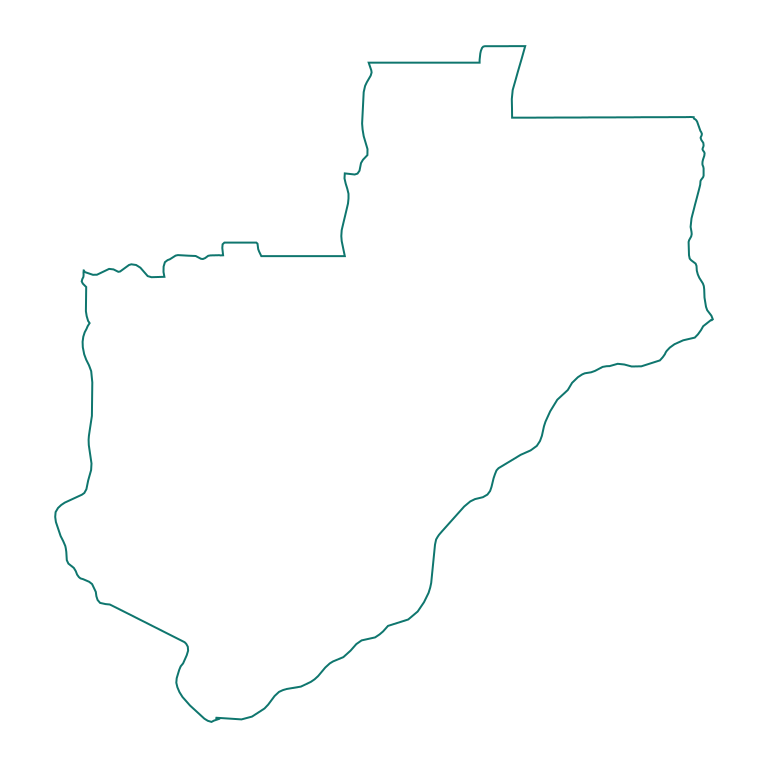 the Province of Lunda Norte
{"feature_id": "AGO-1874", "entity_name": "Lunda Norte", "entity_type": "Province", "adm_level": 1, "iso_a3": "AGO", "parent_name": "Angola", "parent_adm1": "", "projection": "equal_earth", "projection_center": [19.689, -8.666], "detail": "fine", "context": "isolated", "style": "outline", "palette": "teal", "viewbox_px": 768, "rotation_deg": 0, "n_neighbors": 0, "source": "natural_earth", "source_scale": "10m", "svg_char_len": 4355}
<svg xmlns="http://www.w3.org/2000/svg" viewBox="0 0 768 768"><path d="M525.2,46.1L521.9,57.9L517.9,71.6L515.7,79.5L512.7,90.0L511.8,99.1L512.0,108.2L512.1,117.7L518.8,117.7L529.2,117.7L539.7,117.6L550.1,117.6L560.6,117.5L571.0,117.5L581.5,117.5L591.9,117.4L602.4,117.4L612.8,117.4L623.3,117.3L633.7,117.3L644.2,117.2L654.6,117.2L665.1,117.2L675.5,117.1L686.0,117.1L690.8,117.0L693.7,117.2L693.7,117.8L694.2,118.8L695.1,119.2L696.2,120.2L697.1,121.6L700.4,130.9L701.2,132.1L701.9,133.9L701.6,135.5L700.9,136.9L700.6,137.9L701.4,140.1L702.4,141.5L703.3,142.9L703.6,145.3L703.4,146.5L702.7,148.3L702.5,149.2L702.9,150.3L704.2,152.1L704.6,153.2L704.3,155.7L703.0,159.6L702.5,161.8L702.4,164.2L702.7,165.4L703.2,166.5L703.6,168.4L703.6,175.7L703.1,177.2L701.0,180.0L700.5,181.1L700.2,184.7L699.6,187.2L698.6,191.1L696.9,197.6L695.0,204.7L693.9,209.1L692.3,215.2L691.5,218.4L690.6,226.9L691.5,231.9L691.7,234.1L691.2,236.4L689.1,240.2L688.6,242.0L689.0,255.2L689.7,258.6L691.1,260.2L695.6,263.6L696.5,265.9L696.8,270.6L697.8,274.4L699.3,277.8L702.9,283.5L703.8,286.0L704.2,289.3L704.5,297.6L706.0,306.8L707.2,310.2L711.4,315.7L712.8,319.3L711.8,320.1L711.7,320.0L711.2,319.9L703.2,326.2L701.0,330.1L697.9,334.4L694.8,337.6L683.2,340.3L674.5,344.2L669.8,347.6L666.7,350.9L665.7,352.4L664.9,354.2L662.7,357.3L659.9,360.4L641.4,366.3L631.7,366.5L624.3,364.5L617.7,363.8L609.6,366.1L606.6,366.2L602.6,366.9L595.0,370.9L591.1,372.3L584.8,373.3L582.2,374.4L577.9,377.2L572.1,382.8L567.8,390.0L557.3,399.7L550.2,411.3L545.5,421.6L544.0,426.2L541.9,435.8L540.0,441.0L536.8,445.9L530.6,450.4L520.7,454.8L498.5,468.2L496.5,470.4L495.0,474.1L493.6,478.2L491.5,486.9L490.1,491.0L487.4,494.6L482.9,497.2L475.0,499.1L470.3,501.4L464.2,506.5L442.2,531.1L439.0,534.8L437.6,536.9L436.1,539.5L435.0,544.7L431.2,582.9L430.2,587.6L428.6,592.8L424.0,602.2L417.7,611.5L408.2,619.5L388.0,625.9L383.1,631.4L379.6,634.4L375.1,637.4L361.6,640.4L356.3,644.1L350.6,650.6L343.4,657.1L333.1,661.4L329.8,663.4L325.3,667.5L318.1,676.1L314.6,679.3L310.8,681.9L300.9,686.6L286.6,689.0L282.9,690.1L279.0,691.9L274.6,696.0L268.2,704.6L264.5,708.5L252.0,716.6L241.5,719.4L215.6,717.7L218.2,719.2L214.0,720.6L211.5,721.9L207.8,720.8L204.4,718.7L190.0,705.5L182.5,697.0L179.5,692.2L177.4,687.3L176.3,682.7L176.7,678.2L179.2,669.9L180.7,666.3L183.1,663.4L186.7,655.3L188.1,650.7L187.8,646.7L186.2,643.8L184.6,642.2L123.2,611.2L109.8,604.5L105.6,604.1L100.1,602.9L97.6,600.0L96.4,596.3L95.8,591.9L92.1,584.1L89.2,581.8L83.2,579.2L80.5,578.4L78.9,577.1L77.1,574.6L75.8,571.2L73.8,567.9L68.4,563.6L66.8,560.2L66.3,551.9L65.8,548.4L65.3,546.0L63.2,541.1L60.6,536.0L55.9,522.0L55.2,516.9L55.6,512.1L58.0,508.0L61.2,505.0L64.8,502.6L81.9,494.7L84.3,493.0L86.4,489.2L88.2,480.4L91.1,470.1L91.5,463.5L88.8,445.1L88.6,439.8L88.9,435.9L89.7,430.4L91.9,415.9L92.3,382.4L91.2,371.2L89.0,365.3L86.2,359.7L84.2,354.3L82.8,347.2L82.6,341.8L83.3,336.7L84.7,332.3L86.6,328.7L87.6,326.3L89.6,323.1L88.1,320.9L86.7,316.2L85.9,311.2L86.2,287.0L82.8,283.6L81.7,281.4L82.3,279.1L83.4,276.9L83.6,274.8L83.5,272.7L83.7,270.4L83.8,270.4L84.9,272.1L92.9,274.8L97.0,274.7L109.1,268.9L113.5,269.4L118.3,271.8L120.1,271.5L129.0,265.0L131.3,264.3L136.1,265.0L140.4,267.7L147.7,276.1L151.5,277.2L164.4,276.8L163.5,272.0L163.6,266.6L164.9,262.2L167.6,260.1L169.8,259.3L175.6,255.6L177.9,255.1L188.6,255.7L195.7,256.0L201.0,258.8L202.9,259.0L205.1,258.1L208.2,255.8L210.6,255.4L219.4,255.2L220.3,255.4L223.1,255.3L222.3,248.0L222.6,244.3L224.4,242.6L234.7,242.6L246.0,242.6L256.3,242.6L257.5,243.7L258.2,249.1L259.1,251.5L261.3,256.1L267.7,256.1L286.0,256.1L304.3,256.1L322.6,256.1L340.9,256.1L344.8,256.1L341.7,241.1L341.3,236.1L341.7,230.1L343.8,221.2L345.2,215.4L348.0,203.5L348.5,198.5L348.5,193.8L347.3,188.8L345.7,183.6L344.5,178.4L344.8,173.4L354.7,174.5L357.5,173.6L359.5,170.7L361.0,163.1L363.0,159.7L363.3,159.4L367.4,155.1L367.5,149.1L363.7,136.2L362.6,129.6L362.1,123.5L363.7,92.1L365.1,85.9L366.8,82.3L370.7,75.6L371.6,72.5L371.3,70.4L368.7,62.7L376.2,62.7L382.2,62.7L388.2,62.7L394.3,62.7L400.3,62.7L406.3,62.7L412.4,62.7L418.4,62.7L424.4,62.7L430.5,62.7L432.1,62.7L436.5,62.7L442.5,62.7L448.6,62.7L454.6,62.7L460.6,62.7L466.7,62.7L472.7,62.7L479.6,62.7L479.6,59.9L480.3,53.5L480.9,50.8L482.1,47.8L483.3,46.6L484.9,46.2L492.5,46.2L504.5,46.2L516.9,46.1L525.2,46.1Z" fill="none" stroke="#0f766e" stroke-width="2"/></svg>